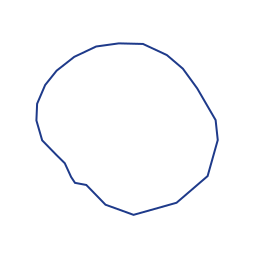 outline of Aba, Orientale, Democratic Republic of the Congo, rotated 248°
{"feature_id": "63176286B20411552692002", "entity_name": "Aba", "entity_type": "district", "adm_level": 2, "iso_a3": "COD", "parent_name": "Democratic Republic of the Congo", "parent_adm1": "Orientale", "projection": "orthographic", "projection_center": [30.241, 3.859], "detail": "fine", "context": "isolated", "style": "outline", "palette": "blue", "viewbox_px": 256, "rotation_deg": 248, "n_neighbors": 0, "source": "geoboundaries", "source_scale": "gbopen_adm2", "svg_char_len": 434}
<svg xmlns="http://www.w3.org/2000/svg" viewBox="0 0 256 256"><g transform="rotate(248 128 128)"><path d="M90.8,68.0L65.3,78.4L45.4,100.6L40.5,145.0L53.6,183.8L83.2,206.7L102.5,212.2L138.8,207.0L162.4,201.1L181.0,191.4L200.3,173.4L209.9,151.2L215.5,129.0L214.1,104.8L207.9,83.3L198.9,67.3L184.5,52.8L169.3,45.9L148.7,43.8L130.1,51.4L119.0,56.2L103.9,56.9L97.0,58.3L90.8,68.0Z" fill="none" stroke="#1e3a8a" stroke-width="2"/></g></svg>